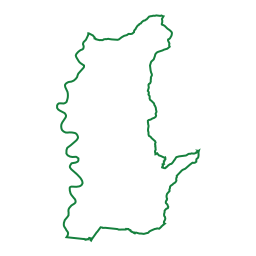 outline of Turburea, Gorj, Romania
{"feature_id": "2599482B10201715191375", "entity_name": "Turburea", "entity_type": "district", "adm_level": 2, "iso_a3": "ROU", "parent_name": "Romania", "parent_adm1": "Gorj", "projection": "equal_earth", "projection_center": [23.554, 44.693], "detail": "fine", "context": "isolated", "style": "outline", "palette": "green", "viewbox_px": 256, "rotation_deg": 0, "n_neighbors": 0, "source": "geoboundaries", "source_scale": "gbopen_adm2", "svg_char_len": 5759}
<svg xmlns="http://www.w3.org/2000/svg" viewBox="0 0 256 256"><path d="M196.3,161.7L196.3,159.8L196.5,159.1L198.1,157.6L198.4,156.5L198.6,154.9L198.5,153.9L198.5,152.1L198.9,150.7L198.6,150.9L197.9,150.8L198.3,151.2L198.2,151.4L197.3,151.7L197.2,152.0L196.6,152.1L196.2,152.4L196.2,152.8L194.5,153.5L193.5,153.6L191.5,153.4L190.4,153.8L188.9,153.8L187.9,154.3L186.6,155.2L185.9,155.5L179.0,156.4L176.5,157.1L176.2,157.3L174.6,159.9L173.9,160.6L173.7,161.1L172.7,162.5L171.5,163.8L170.2,164.1L168.1,165.5L167.1,166.7L166.3,167.0L165.7,167.9L165.2,168.2L164.1,168.1L162.1,167.4L162.2,166.9L162.7,166.5L162.9,166.1L162.9,165.6L162.6,165.1L162.6,164.5L163.3,164.6L163.8,164.2L163.5,164.0L163.4,163.7L163.6,163.2L163.9,162.8L163.8,161.2L164.6,160.8L164.7,160.5L164.6,160.1L165.4,159.3L165.3,157.6L165.2,157.4L164.6,157.8L164.4,157.7L160.8,156.0L158.9,155.4L157.1,153.2L156.5,153.5L155.9,154.2L155.4,154.3L155.4,153.3L155.0,151.9L155.2,150.6L155.7,149.8L155.5,148.7L155.6,148.0L155.4,147.5L155.5,147.0L155.2,146.4L155.4,145.9L155.2,145.4L155.3,145.0L155.0,144.1L155.2,143.4L155.6,142.4L155.1,141.4L155.1,141.2L151.6,138.1L150.6,136.8L148.9,135.8L148.5,134.4L148.5,132.1L148.2,131.5L148.0,130.0L148.2,128.1L148.5,126.8L148.5,125.4L148.1,124.1L148.1,123.1L147.9,122.4L147.9,120.7L148.8,120.0L150.6,119.6L152.4,118.5L154.1,117.9L155.4,117.0L155.8,116.5L156.1,115.5L155.6,113.8L156.5,111.8L156.0,109.6L155.8,107.8L155.0,105.9L154.4,105.1L154.0,103.4L151.2,100.6L150.3,100.1L149.6,98.6L149.6,98.0L149.7,97.3L149.6,96.1L148.5,94.6L148.6,93.8L148.8,93.6L148.8,92.3L148.4,91.6L147.8,90.9L148.8,87.6L148.5,85.4L148.5,84.7L149.0,83.9L150.1,83.3L150.6,82.1L150.8,81.4L150.7,79.8L151.0,78.8L150.8,78.1L151.0,77.2L151.2,76.6L151.8,75.6L151.9,75.0L151.8,74.1L151.1,72.5L150.6,70.4L150.0,65.5L151.0,62.2L151.4,61.5L153.7,59.4L154.9,56.1L155.3,54.3L156.7,52.6L158.0,51.9L162.6,50.4L163.9,49.7L167.3,48.7L169.7,46.7L169.2,45.7L169.2,44.6L169.4,43.4L168.1,40.7L168.0,39.9L168.2,39.4L169.5,38.8L170.1,38.1L171.5,35.6L171.9,33.7L171.9,32.8L171.6,32.1L170.4,30.8L169.3,29.9L167.5,28.7L164.8,26.0L163.4,25.1L162.2,24.8L161.8,24.4L161.8,23.7L162.2,22.6L162.3,20.7L161.9,19.0L163.5,16.3L162.6,16.1L161.5,15.5L160.2,15.9L156.3,15.4L154.9,15.8L153.5,15.7L152.4,15.9L151.9,16.1L151.1,16.1L149.1,16.6L146.6,19.4L146.0,19.6L144.8,20.5L143.5,20.7L141.7,22.2L140.9,23.4L139.3,24.1L138.7,25.1L137.7,25.5L136.1,27.9L135.5,29.2L135.0,29.7L134.9,29.7L134.2,30.6L134.1,31.0L134.0,32.2L133.2,32.8L132.4,33.6L130.9,34.0L128.5,33.9L126.9,35.1L124.2,35.8L121.6,37.3L118.9,39.4L117.6,39.8L111.8,39.4L108.9,39.0L108.3,38.8L106.3,39.2L105.5,39.1L103.7,39.4L102.9,40.0L102.1,40.2L100.8,40.0L99.9,40.2L97.6,39.7L96.1,39.3L96.1,39.1L94.5,38.5L94.5,38.2L94.7,37.5L93.8,36.6L93.0,35.5L88.9,33.4L88.3,33.3L88.2,35.0L86.5,38.6L85.9,39.8L83.6,42.1L83.1,43.3L83.0,44.3L83.6,45.9L83.7,46.9L83.3,48.6L82.4,49.4L80.4,50.2L78.4,51.7L76.5,53.8L75.8,55.3L75.9,55.9L76.3,57.2L78.6,61.0L79.3,62.0L80.6,63.2L84.0,65.5L84.0,66.9L83.5,67.8L78.3,73.6L77.6,75.3L77.1,77.1L75.8,78.8L74.0,80.4L73.3,80.8L71.4,81.6L68.7,82.0L67.5,82.5L65.9,83.6L65.1,84.7L65.0,85.6L65.3,87.2L67.5,91.9L67.8,93.6L67.9,95.4L67.8,97.3L67.5,98.8L66.7,101.5L66.4,102.1L65.1,103.0L63.7,103.5L60.3,103.3L58.9,103.4L57.7,104.3L57.1,105.5L57.1,107.9L58.2,109.5L59.8,110.6L64.6,113.1L65.5,114.3L66.0,115.4L66.0,116.1L65.7,117.3L62.3,122.4L61.6,123.9L61.3,124.9L61.2,126.6L61.4,128.2L61.8,129.5L62.2,130.2L63.6,131.5L65.6,132.5L67.3,132.6L69.5,132.4L72.1,132.5L74.9,133.0L75.9,133.5L76.8,134.4L77.4,135.4L77.8,136.4L78.0,137.3L77.8,138.3L76.8,139.9L75.9,140.8L70.8,145.2L67.7,147.5L67.2,148.0L66.5,150.1L66.4,153.5L66.9,154.3L67.8,155.4L70.1,156.6L72.5,157.0L76.0,156.8L76.8,157.2L78.4,158.4L78.4,160.2L78.3,160.7L77.6,161.7L75.6,162.6L72.0,163.2L71.5,163.4L70.3,165.2L69.9,166.2L69.9,167.0L70.0,167.5L71.2,169.2L77.2,174.5L80.2,177.7L81.1,179.0L82.1,180.8L82.5,182.4L82.5,183.4L81.6,185.0L80.4,185.9L79.1,186.4L76.3,186.8L71.6,186.6L70.5,186.9L69.9,187.4L69.7,188.0L69.8,190.5L70.5,193.3L71.3,194.8L74.0,198.2L74.7,198.9L75.4,200.2L75.6,201.5L75.4,202.6L74.4,203.6L71.4,205.5L69.4,207.8L68.6,209.3L68.4,211.0L68.6,212.5L68.5,215.4L67.3,217.1L64.8,220.1L63.9,222.9L63.8,224.5L63.9,225.7L64.3,226.7L65.8,229.0L66.2,229.9L67.8,232.1L68.1,233.1L67.8,235.0L67.4,235.8L66.5,237.2L83.5,239.0L84.0,238.9L84.5,239.2L85.1,239.2L85.3,239.7L85.6,239.8L87.0,239.4L87.2,239.1L88.0,239.4L89.0,238.5L89.2,237.9L89.3,237.9L89.9,238.2L90.8,238.3L90.8,239.5L90.5,240.0L91.1,240.6L92.1,238.8L94.1,236.0L96.7,232.3L97.2,231.9L100.6,227.3L102.5,227.6L102.8,227.9L105.3,227.8L115.9,228.9L117.5,229.1L118.7,229.6L125.8,229.5L126.0,228.9L128.3,229.0L128.4,229.4L130.5,230.2L130.6,230.4L130.4,230.8L131.2,231.5L131.6,231.8L131.9,231.7L133.1,232.4L134.1,232.4L134.3,232.5L134.2,233.1L134.9,233.4L135.5,232.7L136.1,232.6L139.3,233.5L140.9,233.5L143.8,233.9L147.2,233.0L147.7,233.0L148.5,232.5L149.3,231.5L151.2,230.5L154.7,229.0L156.4,228.7L157.1,228.4L159.2,228.7L161.3,226.8L161.5,226.3L161.9,226.1L163.0,225.1L163.4,224.9L163.4,224.6L164.9,223.6L164.2,223.1L163.9,222.5L164.0,221.6L165.0,219.8L165.3,218.7L165.0,217.0L164.3,216.1L164.1,215.3L164.1,214.0L164.6,212.2L164.6,210.8L165.3,209.8L166.4,208.7L167.8,208.2L168.3,206.9L167.8,205.9L167.6,205.1L167.2,204.3L166.0,203.2L165.8,202.8L165.9,201.4L166.3,200.6L166.7,200.3L166.9,199.8L166.8,199.5L167.1,198.9L167.0,198.4L166.7,197.9L166.5,196.0L167.0,194.0L168.1,192.6L169.5,191.2L169.6,190.7L169.3,189.9L169.5,189.4L169.9,188.2L170.1,186.6L170.8,185.7L172.6,184.5L173.4,183.6L174.7,182.9L175.7,181.9L176.4,180.6L176.2,179.4L176.3,178.2L176.4,177.8L176.9,177.0L176.7,175.9L181.8,170.5L182.8,169.8L185.3,168.7L190.0,164.6L192.1,163.0L192.6,162.7L193.8,162.9L194.9,162.7L196.3,161.7Z" fill="none" stroke="#15803d" stroke-width="2"/></svg>